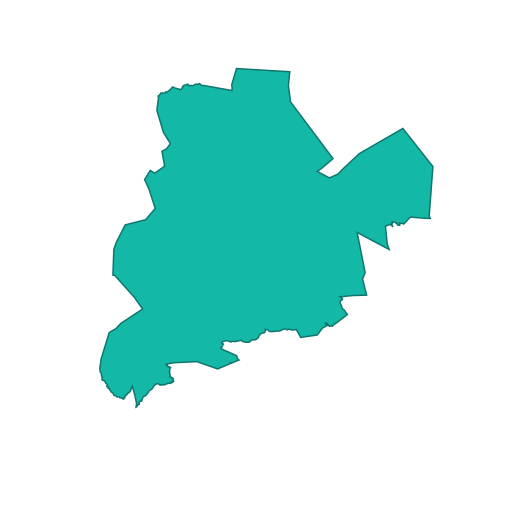 San Nicolás Tolentino, San Luis Potosí, Mexico (Albers equal-area conic projection), rotated 21°
{"feature_id": "50627088B31114967632852", "entity_name": "San Nicolás Tolentino", "entity_type": "district", "adm_level": 2, "iso_a3": "MEX", "parent_name": "Mexico", "parent_adm1": "San Luis Potosí", "projection": "albers", "projection_center": [-100.453, 22.148], "detail": "fine", "context": "isolated", "style": "filled", "palette": "teal", "viewbox_px": 512, "rotation_deg": 21, "n_neighbors": 0, "source": "geoboundaries", "source_scale": "gbopen_adm2", "svg_char_len": 5972}
<svg xmlns="http://www.w3.org/2000/svg" viewBox="0 0 512 512"><g transform="rotate(21 256 256)"><path d="M198.2,440.1L198.5,439.8L198.6,439.6L198.7,439.4L198.8,438.9L198.7,438.6L198.7,438.4L198.7,438.0L198.8,437.8L199.3,437.1L199.5,437.1L199.6,436.9L199.9,436.7L200.1,436.3L200.1,436.0L200.1,435.8L199.8,435.7L199.7,435.4L199.5,435.2L199.2,435.0L199.2,434.8L199.4,434.5L199.4,434.3L199.5,434.0L199.5,433.7L199.7,433.4L199.9,433.2L201.1,432.6L201.3,432.0L201.3,431.7L201.1,431.3L201.2,430.9L201.2,430.5L201.0,429.3L201.1,428.6L201.2,428.1L201.5,427.6L201.6,427.2L202.4,426.7L203.5,424.9L204.1,423.0L204.6,420.0L206.4,417.6L207.0,415.8L207.2,414.0L207.9,412.4L208.1,411.8L208.6,411.4L209.0,411.0L209.4,410.9L209.7,410.6L210.0,410.4L210.7,410.4L211.1,410.3L211.4,410.5L211.6,410.7L212.2,410.8L212.5,410.8L213.0,410.8L213.1,410.4L213.8,410.1L214.1,410.0L214.4,410.2L214.8,409.5L215.1,409.4L215.4,409.3L216.1,409.4L216.4,409.3L216.8,409.1L217.1,408.7L217.3,408.5L217.6,408.2L217.8,407.8L218.0,407.6L218.4,407.5L218.5,407.3L218.7,407.2L219.0,406.8L219.1,406.7L219.3,406.3L219.9,406.2L220.5,406.0L220.7,405.8L220.9,405.6L221.1,405.5L221.4,405.5L221.6,405.4L221.5,405.1L222.4,404.2L222.4,403.8L222.9,403.7L222.7,404.5L222.8,404.4L222.9,404.1L223.0,404.0L223.4,403.6L223.6,402.9L223.9,403.0L224.1,402.6L223.6,402.2L223.5,401.9L223.4,401.8L222.9,401.7L222.9,400.8L222.9,400.5L222.4,400.2L222.2,400.0L222.0,399.9L221.5,400.3L221.4,400.2L221.6,399.7L221.5,399.8L220.5,399.5L220.3,399.5L219.4,399.6L219.0,399.8L218.7,399.7L218.7,399.2L218.7,398.6L218.3,397.6L218.1,397.5L218.0,397.3L217.8,397.1L217.7,397.0L217.6,396.7L217.2,395.8L216.9,395.7L216.9,395.2L217.0,395.2L216.9,394.9L216.6,394.4L216.4,393.4L216.1,392.8L215.9,391.8L215.9,391.6L215.7,391.4L216.0,391.1L216.3,390.9L215.8,390.5L215.8,390.4L215.7,390.6L215.4,390.6L214.9,390.5L214.7,390.5L214.3,390.5L214.1,390.7L214.0,390.8L213.8,390.8L213.1,390.8L212.7,390.5L212.6,389.9L212.5,389.7L212.3,389.5L212.0,389.3L211.5,389.4L211.2,389.5L210.2,389.6L216.9,385.4L238.6,375.8L260.6,375.2L269.9,366.3L270.2,364.9L271.0,365.2L277.4,359.2L275.7,358.6L273.6,356.0L259.6,355.3L256.4,354.8L257.1,350.0L255.0,349.2L255.1,348.6L256.4,347.3L257.2,346.7L257.9,346.2L259.4,345.4L260.5,345.2L261.2,345.3L261.6,345.4L262.1,345.4L263.5,345.2L263.7,344.9L264.2,344.3L265.7,343.7L266.8,343.6L272.7,339.8L273.5,340.5L275.3,340.6L277.7,340.1L280.0,339.2L281.0,338.3L281.3,337.1L282.5,335.8L284.1,334.9L285.2,334.6L286.0,333.8L287.2,332.2L287.3,331.6L287.2,330.6L287.9,327.8L288.3,327.0L289.3,325.9L289.7,325.4L290.6,325.2L291.3,324.6L291.6,323.7L291.5,322.5L290.9,321.2L291.6,321.2L292.5,320.9L294.0,320.9L295.5,321.6L297.4,321.1L299.2,320.3L302.7,318.4L304.9,317.6L306.0,316.6L306.6,315.5L307.1,315.1L307.7,314.9L308.5,314.1L309.5,313.6L310.0,313.6L310.6,313.7L311.0,313.9L311.3,313.8L311.8,313.5L312.9,312.6L313.5,312.5L313.9,312.3L314.4,312.2L314.8,312.2L315.4,312.4L315.8,312.3L316.4,312.1L316.9,311.8L318.3,311.1L318.8,311.0L319.1,310.8L320.0,310.2L326.9,316.0L341.5,307.8L343.8,299.6L347.2,295.6L346.6,295.1L344.9,294.3L344.7,294.0L344.8,293.9L345.6,293.2L345.8,293.2L346.3,293.3L346.8,293.6L346.9,293.8L347.0,293.9L347.3,294.2L347.9,294.5L348.2,294.5L349.6,295.3L349.9,295.4L350.1,295.3L350.2,294.9L350.3,294.8L350.5,294.7L350.9,294.4L351.2,294.3L351.6,294.3L352.2,294.3L353.1,292.5L355.8,288.5L360.6,280.6L361.4,279.1L362.2,278.0L361.4,277.1L360.9,277.3L359.4,276.0L358.5,275.2L356.6,274.5L355.6,274.2L355.1,273.7L354.1,272.9L353.8,272.0L352.4,270.8L351.2,269.2L350.7,268.5L351.4,267.1L351.2,266.6L352.1,266.0L352.2,265.0L351.7,264.6L351.0,264.4L350.2,264.2L349.0,264.0L360.6,258.2L373.3,252.9L363.8,239.4L363.8,232.3L342.0,197.8L378.0,202.2L374.2,197.8L366.1,181.7L370.2,178.2L370.2,178.4L372.9,179.4L372.9,179.0L372.0,178.6L371.3,178.4L370.8,177.7L371.7,177.0L371.6,176.4L370.8,175.7L371.2,175.4L371.4,175.2L372.0,175.3L372.3,174.7L374.2,174.7L375.0,175.2L375.3,175.5L376.2,175.1L377.1,176.2L377.7,176.4L378.1,176.3L379.1,175.9L378.0,173.9L379.0,174.0L379.4,173.8L381.6,173.0L382.5,173.2L386.1,164.4L401.9,159.7L405.2,158.5L403.3,156.4L389.1,109.1L373.9,100.1L347.4,84.3L315.8,123.3L306.0,143.4L303.1,150.2L296.5,156.8L282.9,155.1L286.1,150.2L293.0,137.5L232.6,99.5L231.6,97.1L225.2,85.4L221.5,71.9L170.6,88.0L172.0,105.1L173.2,107.0L174.3,110.1L146.4,115.5L144.0,116.3L141.7,115.3L140.9,115.5L140.4,116.6L138.4,117.0L137.1,118.3L136.5,119.2L135.4,119.9L134.6,119.9L132.4,121.1L130.7,120.0L127.3,122.8L126.9,124.0L126.7,124.8L127.1,125.1L126.3,127.3L126.0,127.7L125.8,127.8L125.3,128.2L124.7,127.9L124.5,127.7L123.9,127.8L120.4,128.2L117.5,128.1L116.4,131.4L113.7,135.3L112.8,135.2L112.5,136.6L111.3,137.0L109.9,137.3L108.7,138.2L108.5,139.0L108.4,140.2L107.9,141.0L107.4,141.8L106.8,142.2L107.9,141.9L111.3,155.6L125.4,173.9L135.8,181.7L134.1,188.0L130.7,192.0L134.9,198.9L138.5,204.9L131.8,215.0L126.6,214.0L124.6,224.5L132.2,232.0L144.9,247.7L139.9,261.7L122.8,273.8L120.7,293.0L120.9,300.7L126.5,317.1L127.1,318.8L128.5,323.0L129.3,325.1L131.0,324.7L157.1,338.1L169.1,346.1L153.8,367.6L151.3,373.9L146.4,380.0L148.3,407.5L150.5,417.1L152.3,420.2L153.8,421.2L154.3,422.5L154.6,422.9L155.3,424.2L156.4,424.8L156.3,426.1L156.6,426.7L157.1,427.0L157.9,426.9L158.1,426.8L159.1,426.9L159.6,427.0L160.4,427.7L161.2,428.6L162.3,429.0L163.1,429.1L163.6,429.8L163.4,430.4L163.4,431.4L163.9,431.5L165.2,431.3L165.3,432.3L165.7,432.5L166.4,432.5L166.8,432.4L167.2,433.1L167.7,433.2L168.1,433.9L168.8,434.1L169.4,434.9L170.8,435.0L172.4,435.9L173.0,436.4L173.2,436.9L173.7,436.9L174.3,436.6L175.5,437.0L176.9,437.4L178.6,436.5L179.1,436.8L180.0,437.1L180.7,436.8L180.9,436.6L181.8,436.8L182.7,437.1L183.5,437.1L183.6,436.5L184.0,435.7L184.3,435.4L184.3,434.6L183.7,434.1L184.0,433.6L183.9,433.1L184.9,432.3L185.4,430.3L186.7,428.6L187.0,427.7L187.1,426.9L187.2,425.7L186.9,425.1L187.1,424.6L187.1,423.8L187.3,423.7L187.4,423.0L187.1,422.6L187.2,421.8L193.1,429.9L197.4,436.6L198.2,440.1Z" fill="#14b8a6" stroke="#0f766e" stroke-width="1.5"/></g></svg>